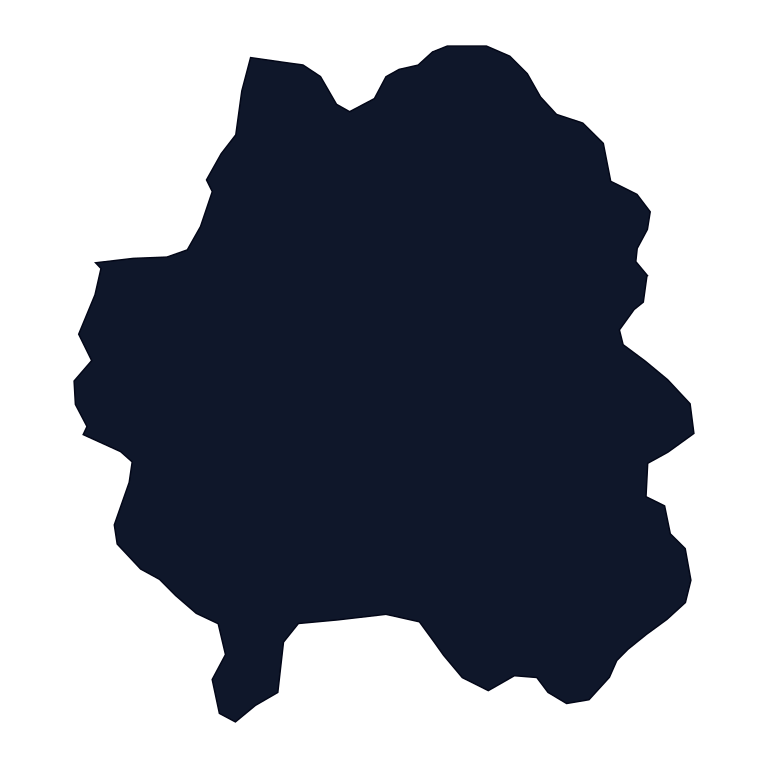 Kinda, Östergötland, Sweden (orthographic projection)
{"feature_id": "70781695B68012298271842", "entity_name": "Kinda", "entity_type": "district", "adm_level": 2, "iso_a3": "SWE", "parent_name": "Sweden", "parent_adm1": "Östergötland", "projection": "orthographic", "projection_center": [15.763, 58.024], "detail": "fine", "context": "isolated", "style": "filled", "palette": "ink", "viewbox_px": 768, "rotation_deg": 0, "n_neighbors": 0, "source": "geoboundaries", "source_scale": "gbopen_adm2", "svg_char_len": 1308}
<svg xmlns="http://www.w3.org/2000/svg" viewBox="0 0 768 768"><path d="M686.8,596.8L690.9,580.2L685.2,548.6L670.3,533.8L664.6,505.9L646.0,496.7L647.7,463.3L668.0,452.1L693.9,433.4L690.1,403.8L667.7,379.8L645.4,361.3L623.1,344.7L619.4,329.9L634.1,309.5L643.3,302.1L646.9,276.1L647.5,275.7L635.8,261.6L637.2,248.4L647.4,229.4L650.2,211.8L637.0,194.4L610.7,181.3L603.3,143.4L582.8,123.1L556.5,114.4L540.5,97.0L527.3,73.7L509.8,56.2L486.5,46.1L478.9,46.1L447.2,46.1L432.6,51.9L418.1,65.1L399.1,69.4L386.0,76.7L374.4,98.6L349.6,111.7L336.5,104.3L320.5,76.6L303.0,65.0L281.2,62.0L250.6,57.6L241.8,91.0L235.8,134.8L221.2,153.7L206.5,179.9L212.3,191.6L200.5,226.6L187.3,249.9L166.8,257.1L133.2,258.4L95.6,262.8L101.0,268.5L95.0,294.8L78.7,334.2L91.7,360.6L74.1,381.0L75.4,404.4L87.0,426.5L83.2,434.6L120.6,451.6L132.2,461.9L129.2,482.4L114.3,524.9L117.2,544.0L140.6,569.0L159.6,579.4L175.7,595.6L196.2,613.3L218.2,623.7L225.5,654.6L212.2,679.5L219.4,713.4L235.4,721.9L255.4,705.4L277.8,692.4L279.7,675.6L283.5,642.1L298.4,623.5L337.5,619.9L385.9,614.3L419.4,621.8L434.3,642.2L443.6,655.3L462.3,677.6L488.3,690.6L514.4,675.7L536.8,677.5L548.0,692.4L566.6,703.5L589.0,699.7L609.4,677.3L616.8,660.5L627.9,649.3L646.5,634.3L666.9,619.4L685.4,602.5L686.8,596.8Z" fill="#0f172a" stroke="#020617" stroke-width="1.5"/></svg>